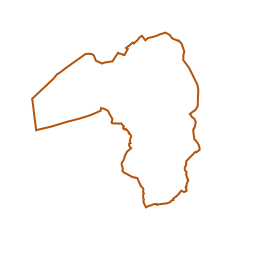 Tenejapa, Chiapas, Mexico, rotated 155°
{"feature_id": "50627088B11943504211308", "entity_name": "Tenejapa", "entity_type": "district", "adm_level": 2, "iso_a3": "MEX", "parent_name": "Mexico", "parent_adm1": "Chiapas", "projection": "orthographic", "projection_center": [-92.464, 16.848], "detail": "fine", "context": "isolated", "style": "outline", "palette": "amber", "viewbox_px": 256, "rotation_deg": 155, "n_neighbors": 0, "source": "geoboundaries", "source_scale": "gbopen_adm2", "svg_char_len": 5409}
<svg xmlns="http://www.w3.org/2000/svg" viewBox="0 0 256 256"><g transform="rotate(155 128 128)"><path d="M174.1,204.4L202.5,195.0L203.4,192.0L204.2,189.6L204.4,188.8L205.2,186.3L205.8,184.7L206.6,182.2L206.8,181.3L207.4,179.7L208.2,177.2L210.4,170.4L210.6,169.6L211.2,167.8L211.7,166.4L212.2,164.7L210.7,164.6L197.5,161.8L180.9,159.4L168.5,157.1L159.9,155.9L157.2,155.6L154.4,155.4L145.5,155.2L144.4,157.0L144.1,157.4L141.5,155.5L138.8,151.9L138.9,149.1L138.3,142.7L140.6,139.8L140.4,139.0L139.7,138.6L139.2,138.3L139.0,138.2L138.4,137.9L137.7,137.6L137.4,137.4L136.8,137.1L136.7,137.1L136.0,136.6L135.8,136.5L135.0,136.2L134.9,136.1L134.7,136.0L134.6,135.9L133.8,135.5L133.3,135.6L133.2,135.6L132.2,135.0L131.6,132.7L131.4,131.9L131.1,131.7L131.1,131.1L131.2,130.8L131.4,130.7L132.3,130.2L132.5,130.1L132.0,128.4L131.9,128.3L131.0,128.2L130.5,128.1L130.8,127.6L130.4,127.2L130.1,127.0L129.8,126.8L129.8,126.7L129.7,126.6L129.6,125.9L129.6,125.6L129.6,125.4L129.3,124.8L129.2,124.4L129.1,124.0L129.1,123.8L128.9,123.3L128.9,123.1L129.1,122.9L129.5,122.5L129.0,122.2L128.5,120.4L128.5,119.7L128.6,119.2L131.7,115.7L131.9,115.5L132.1,113.5L132.1,113.2L133.6,113.3L133.9,112.7L134.4,111.5L134.4,110.2L134.0,109.3L133.8,109.2L133.8,108.3L134.3,108.3L134.8,108.1L135.5,107.9L135.8,107.8L136.3,107.6L136.8,107.5L137.0,107.5L138.9,107.0L139.4,106.5L140.0,106.1L140.3,105.9L140.7,105.6L141.0,105.2L141.3,105.0L141.5,104.8L142.1,104.5L142.8,104.0L143.1,103.5L143.2,103.2L144.5,101.8L145.2,101.2L145.9,100.6L146.4,100.2L147.1,99.9L147.8,99.4L148.4,99.0L148.7,98.6L148.9,98.1L149.3,97.3L149.4,96.9L149.5,96.5L149.5,96.0L149.5,95.6L149.7,94.1L149.8,93.5L150.3,92.8L150.6,92.5L150.7,92.4L150.8,92.1L150.9,91.9L151.1,91.6L151.2,91.2L151.0,90.7L150.8,90.3L150.6,90.1L150.5,89.8L150.4,89.2L150.1,88.7L149.8,88.4L148.9,87.4L148.6,87.1L148.4,86.7L147.9,86.0L147.7,85.7L147.1,84.9L146.7,84.5L145.6,82.8L145.3,82.4L145.0,82.0L144.0,81.0L143.8,80.9L143.3,80.7L143.1,80.7L142.7,80.3L142.1,79.5L141.7,79.3L141.0,79.0L140.7,78.0L140.9,72.2L140.7,71.5L141.0,70.4L140.5,69.5L140.6,68.9L139.8,66.8L140.3,65.2L141.5,63.6L141.2,62.0L142.6,60.9L143.6,58.6L143.9,56.3L144.8,55.5L145.3,53.6L145.3,48.5L141.7,48.7L140.0,48.1L137.5,48.2L134.1,47.0L134.3,46.2L131.1,45.4L124.3,43.2L120.7,43.0L119.0,44.0L118.9,44.0L117.3,43.5L116.9,44.3L116.7,45.0L115.7,45.1L115.4,45.2L114.3,45.5L113.9,45.5L113.5,45.5L113.2,45.6L111.5,46.1L110.8,46.5L110.4,46.6L110.1,46.7L109.7,46.8L109.3,47.1L109.1,47.1L109.0,47.3L108.9,47.4L108.6,47.6L108.3,47.7L108.1,47.8L107.8,47.9L107.0,48.2L106.8,48.4L106.4,48.5L106.1,48.6L105.8,48.3L105.5,48.0L105.3,47.6L105.1,47.3L104.9,46.9L104.7,46.7L103.7,46.1L103.0,46.3L101.6,46.3L101.5,46.5L101.4,46.6L101.4,47.1L101.4,47.3L101.2,47.5L100.8,47.9L100.7,48.1L100.6,48.5L100.6,49.0L100.9,49.6L100.9,49.8L100.7,50.1L100.3,50.2L100.0,50.3L99.6,50.4L99.5,50.6L99.2,51.3L99.2,51.5L98.9,52.0L98.4,52.5L97.8,53.2L97.3,53.8L97.1,53.9L96.7,54.1L96.2,54.4L95.9,54.6L95.6,54.9L95.5,55.2L95.9,55.7L95.8,56.1L95.6,56.2L95.5,56.4L95.3,57.0L95.3,57.3L95.4,57.7L95.5,57.8L95.6,58.1L95.6,58.4L95.5,58.5L95.3,59.1L95.3,59.3L95.2,59.7L95.2,59.8L95.1,60.3L94.9,60.9L94.9,61.4L94.7,61.7L94.6,61.9L94.4,62.0L94.3,62.3L94.1,62.5L93.9,62.8L93.6,63.0L93.6,63.3L93.6,63.7L93.7,63.8L93.7,64.2L94.1,64.9L94.1,65.6L94.1,66.0L94.1,66.4L94.0,66.7L93.8,67.2L93.5,67.6L93.4,67.9L93.0,68.5L92.8,68.7L92.3,68.8L91.8,69.1L91.6,69.4L91.3,69.6L91.0,69.7L90.7,70.1L90.7,70.6L90.6,70.9L90.4,71.1L90.3,71.6L90.0,72.1L89.6,72.3L89.0,73.4L83.8,75.4L80.9,76.4L76.9,77.9L76.1,77.1L75.7,77.2L75.3,77.3L74.3,77.5L72.3,77.9L71.3,80.8L71.2,81.4L71.1,83.2L71.8,88.0L72.7,89.3L71.4,93.8L71.1,94.8L70.9,95.0L70.8,95.4L70.7,95.8L70.2,97.4L69.7,98.6L69.5,98.8L69.5,99.0L69.3,99.3L69.0,99.5L68.3,99.7L68.2,99.9L67.8,100.0L67.6,100.1L67.4,100.4L67.3,100.5L67.2,100.7L66.8,101.2L65.9,102.0L65.9,102.3L65.7,102.6L64.7,103.9L64.0,104.8L64.0,105.9L64.0,107.8L64.0,108.2L64.2,108.8L64.7,109.6L64.8,109.8L65.2,110.2L65.3,110.5L65.4,111.0L65.5,112.0L65.7,113.1L66.1,114.5L65.1,114.7L62.3,115.4L60.3,115.7L59.1,115.9L55.4,118.6L51.6,126.4L50.1,129.0L48.1,133.0L46.8,138.1L47.2,155.3L47.3,156.4L47.3,156.8L48.1,161.0L49.2,166.2L47.3,170.1L44.6,173.7L44.4,176.2L43.9,179.8L43.9,180.2L43.8,180.4L43.8,180.9L43.8,181.4L44.6,184.6L44.8,185.0L45.0,185.5L45.1,186.1L46.3,186.5L46.3,186.4L48.5,188.8L50.1,190.7L50.8,194.5L53.7,198.6L59.5,199.4L63.0,199.5L64.5,199.6L69.7,200.6L72.0,201.1L75.2,200.1L76.4,205.7L77.6,205.6L78.0,205.6L78.5,205.5L79.1,205.2L79.4,205.1L80.1,204.7L80.5,204.6L80.7,204.4L81.1,204.3L81.5,204.0L82.4,203.6L82.7,203.5L83.3,203.3L83.7,203.2L84.1,203.1L86.0,202.5L87.1,202.1L87.5,203.4L88.7,203.1L89.1,203.0L89.7,202.9L90.7,202.6L92.2,202.1L93.2,202.0L94.2,201.8L95.1,201.6L96.0,201.4L95.9,201.2L95.5,200.6L94.8,199.6L95.1,199.4L98.0,197.4L100.4,195.6L101.2,195.9L101.5,196.4L101.7,196.6L101.8,197.2L103.2,198.2L104.6,199.4L105.2,200.4L113.9,195.0L121.6,197.2L124.3,197.4L124.4,197.6L125.3,198.8L125.8,199.1L125.9,199.4L126.3,199.7L126.6,200.0L126.7,200.4L127.1,200.6L127.2,201.0L127.5,201.2L127.8,201.5L128.4,202.2L128.7,202.6L128.7,202.9L128.6,203.5L128.6,203.8L128.4,205.4L128.4,207.8L128.5,208.3L128.6,208.8L128.9,209.3L129.4,210.0L129.8,210.4L130.0,210.6L130.2,210.8L130.9,211.1L131.4,211.5L131.6,211.6L132.2,211.7L135.1,213.0L139.7,212.2L151.7,210.0L160.6,208.3L166.7,206.9L169.6,206.7L173.7,204.7L174.1,204.4Z" fill="none" stroke="#b45309" stroke-width="2"/></g></svg>